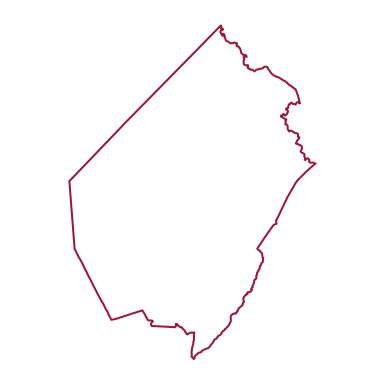 outline of Narok East, Rift Valley, Kenya, rotated 181°
{"feature_id": "3690345B66691350288687", "entity_name": "Narok East", "entity_type": "district", "adm_level": 2, "iso_a3": "KEN", "parent_name": "Kenya", "parent_adm1": "Rift Valley", "projection": "orthographic", "projection_center": [36.053, -1.156], "detail": "fine", "context": "isolated", "style": "outline", "palette": "rose", "viewbox_px": 384, "rotation_deg": 181, "n_neighbors": 0, "source": "geoboundaries", "source_scale": "gbopen_adm2", "svg_char_len": 5886}
<svg xmlns="http://www.w3.org/2000/svg" viewBox="0 0 384 384"><g transform="rotate(181 192 192)"><path d="M306.2,128.9L304.4,125.6L304.2,124.8L303.8,124.5L303.0,123.2L300.8,119.4L297.0,111.9L296.0,110.3L295.2,108.4L293.4,105.1L284.2,87.8L280.2,80.7L278.9,78.9L276.2,73.5L274.7,71.3L273.8,69.5L273.4,68.3L272.8,67.1L270.4,62.8L265.2,64.0L248.2,69.9L239.6,72.7L238.4,71.0L237.4,69.4L233.7,62.9L229.8,62.8L229.0,62.1L230.8,59.6L230.4,58.1L229.5,57.1L228.8,57.2L225.7,57.2L216.3,56.9L206.7,56.5L205.7,57.7L205.9,59.0L205.8,59.7L205.2,59.7L204.5,59.6L204.4,59.0L204.1,58.6L203.6,58.3L203.0,58.0L202.0,57.0L201.4,56.7L200.1,56.5L199.5,56.2L199.3,55.4L197.3,53.7L196.8,53.1L196.4,52.1L195.6,51.2L194.8,49.8L194.2,49.6L193.7,50.0L193.1,50.2L192.2,51.0L190.4,51.4L188.7,51.3L187.5,51.6L187.1,50.6L187.7,48.7L187.5,47.3L187.6,46.7L187.5,45.7L187.5,43.8L188.1,42.0L188.0,40.4L188.7,38.4L189.1,36.1L189.7,31.6L189.3,29.4L189.6,27.7L189.4,27.2L188.9,27.0L187.5,25.2L186.6,25.8L186.8,26.3L186.7,26.8L186.0,28.2L185.1,29.1L183.9,29.9L183.1,30.9L182.1,31.5L181.6,31.6L180.0,32.2L179.2,33.4L178.6,33.8L174.7,35.7L173.2,36.2L172.7,36.5L172.0,37.2L170.4,39.4L168.9,41.3L167.6,43.5L167.5,44.1L166.4,45.2L165.5,45.5L165.0,45.9L164.2,46.9L163.8,48.1L161.2,49.6L160.3,50.9L159.8,52.0L159.2,52.9L158.3,53.8L157.7,54.0L157.4,54.3L157.0,54.6L156.4,55.7L155.3,56.6L152.7,59.5L152.2,60.9L151.0,63.4L150.9,64.6L151.0,65.3L150.9,65.8L151.2,66.9L151.2,67.6L150.9,68.8L150.5,69.4L150.3,69.7L149.5,70.2L149.1,70.7L148.0,71.2L147.2,71.4L146.7,71.2L146.1,71.2L145.9,71.9L145.2,72.4L144.9,73.0L144.9,73.6L143.9,74.3L143.9,74.8L143.1,76.7L140.9,78.5L140.1,79.3L139.3,80.6L139.3,81.1L139.1,81.5L139.0,82.0L138.9,82.5L138.1,83.1L138.2,83.7L138.7,84.8L138.8,85.4L138.6,85.9L138.8,87.0L138.2,88.0L137.1,89.4L136.7,89.6L136.4,90.2L135.8,90.3L135.4,90.6L135.2,91.0L134.8,91.1L134.8,91.5L135.1,91.8L134.7,92.1L134.5,92.7L134.2,92.9L133.8,92.7L133.4,92.9L132.8,92.9L131.3,93.7L131.0,94.3L130.7,94.6L130.5,95.2L131.1,95.4L131.0,96.4L130.2,97.6L129.7,97.9L130.0,99.0L129.2,100.0L128.9,101.3L128.6,101.8L128.6,102.3L128.3,102.9L128.3,104.3L127.9,105.2L127.6,105.6L127.0,105.9L126.8,106.3L126.4,106.6L126.0,107.1L126.2,108.3L126.3,108.7L126.2,109.1L126.3,109.6L125.8,110.1L125.6,110.5L125.5,112.5L125.3,112.9L124.6,113.4L124.5,114.1L123.9,115.1L123.8,115.7L123.2,116.3L122.9,117.5L122.9,119.1L122.0,119.8L121.5,120.8L121.6,121.4L121.0,122.4L120.5,122.7L120.0,123.4L120.0,124.5L119.8,126.0L119.8,126.7L119.7,127.3L120.3,127.6L120.6,130.4L120.9,131.0L121.0,131.8L121.6,132.6L122.3,133.2L122.6,133.8L123.4,134.5L123.9,135.0L124.6,135.1L125.1,135.6L125.7,136.6L118.0,148.6L110.6,159.5L109.9,160.3L109.4,160.7L107.0,161.8L107.0,162.5L107.3,163.7L107.4,164.5L107.4,165.3L106.9,165.6L96.5,188.5L88.5,202.9L86.5,205.7L79.2,213.3L74.1,218.1L69.2,222.6L71.4,223.5L74.2,223.4L74.7,223.5L75.2,223.8L75.4,224.3L75.2,225.4L75.4,226.4L76.3,227.4L77.0,227.6L77.6,227.5L78.6,226.8L79.3,226.0L79.8,226.2L79.5,227.6L79.7,228.2L80.3,229.4L80.2,231.7L80.5,232.1L83.2,233.5L83.6,233.8L83.9,234.1L84.0,234.6L83.3,236.4L83.1,237.0L82.7,237.4L82.7,237.9L83.1,239.5L83.5,240.1L84.1,240.5L84.7,240.7L85.3,240.6L85.7,240.8L86.1,241.4L86.6,241.7L88.5,242.0L88.9,242.4L88.9,242.9L88.2,243.8L87.9,244.7L87.2,246.0L85.6,247.9L85.6,248.4L86.7,248.8L87.0,249.3L87.0,251.3L87.2,251.9L87.6,252.3L88.3,252.6L89.1,252.6L91.2,253.3L93.1,254.7L93.7,255.0L94.5,255.2L95.0,254.9L95.3,254.5L95.7,254.3L96.2,254.5L97.4,256.6L97.5,259.2L97.8,260.4L98.3,261.0L99.4,261.1L99.9,261.4L99.8,262.1L99.5,263.1L99.9,265.0L99.7,265.3L99.2,265.6L99.1,266.2L101.5,267.3L102.8,268.3L103.5,268.5L104.3,269.0L104.4,269.4L104.1,270.0L103.3,270.1L102.8,270.6L102.6,271.0L102.3,271.4L101.8,271.5L100.8,270.2L100.3,270.1L98.5,271.4L98.0,272.8L97.6,273.4L97.5,274.0L97.5,274.6L98.1,275.5L99.4,276.2L99.3,276.7L99.1,277.3L97.7,277.5L97.3,277.9L97.2,278.4L97.2,279.4L96.8,281.1L96.3,281.4L95.7,281.4L95.6,281.9L94.8,282.8L94.3,283.1L93.4,282.4L92.4,281.8L91.8,281.7L91.1,281.7L90.0,281.3L89.7,281.7L89.2,282.8L88.8,283.2L88.4,283.3L87.8,283.7L87.2,283.7L86.6,282.9L86.2,282.6L85.7,282.8L87.7,290.1L90.1,296.3L92.5,297.9L94.2,299.4L94.7,299.8L96.5,300.5L98.2,302.2L98.8,302.6L99.9,303.8L100.7,304.3L102.4,305.0L103.9,306.1L104.4,306.3L107.4,308.2L108.5,308.6L109.0,308.5L109.8,308.8L111.6,309.9L112.6,310.2L114.9,312.2L116.9,315.0L117.7,315.9L118.3,317.1L119.1,318.5L119.5,318.6L121.7,318.5L122.1,318.4L122.4,317.9L123.0,317.5L123.3,317.0L124.3,316.6L126.0,316.3L126.6,316.4L128.7,315.6L129.2,315.6L130.2,315.1L131.2,314.1L131.6,313.7L132.7,314.4L133.5,315.1L134.0,315.4L134.5,315.3L135.3,315.6L135.9,315.5L136.4,315.8L136.8,315.9L137.3,316.6L137.6,316.9L138.2,316.8L138.5,317.3L138.4,318.4L138.1,319.0L138.3,319.7L138.7,319.8L139.2,319.5L140.6,319.6L141.6,320.2L142.3,320.7L142.5,321.4L142.4,322.0L142.7,323.0L142.8,323.5L142.7,324.1L142.1,325.3L142.1,326.0L142.6,326.5L142.8,327.1L142.7,327.7L142.3,328.2L141.9,328.3L140.5,328.1L139.8,328.3L140.1,329.1L140.5,329.6L141.9,330.1L142.9,330.1L143.8,330.4L145.1,331.7L145.4,333.1L145.7,333.7L146.1,335.5L146.4,336.0L146.6,336.6L147.0,337.0L147.5,337.2L148.0,338.3L148.4,338.5L149.3,338.4L149.7,338.6L150.1,339.6L150.1,340.0L150.0,340.4L149.6,340.8L149.5,341.3L149.9,341.6L152.3,342.2L152.8,342.1L153.8,341.4L154.9,341.5L155.5,341.3L156.0,341.4L158.5,343.0L159.4,343.4L160.3,343.6L161.0,344.8L161.4,346.1L162.1,346.8L162.2,347.4L162.0,347.9L161.9,348.3L162.6,350.0L162.9,350.4L164.0,350.6L164.0,350.1L163.3,349.2L164.2,348.8L164.7,349.1L165.4,350.7L165.8,351.2L166.4,352.5L166.1,353.8L165.7,354.3L165.1,354.2L164.8,354.5L164.1,354.7L163.8,355.2L164.0,355.6L164.5,355.9L165.1,355.7L165.4,356.1L165.6,356.7L166.0,356.6L166.2,357.1L166.1,357.7L165.6,358.2L166.0,358.8L167.1,357.8L167.5,357.8L167.9,357.1L194.4,329.1L261.5,258.4L266.9,252.4L314.8,200.7L308.4,133.4L308.3,132.9L306.5,129.7L306.2,128.9Z" fill="none" stroke="#9f1239" stroke-width="2"/></g></svg>